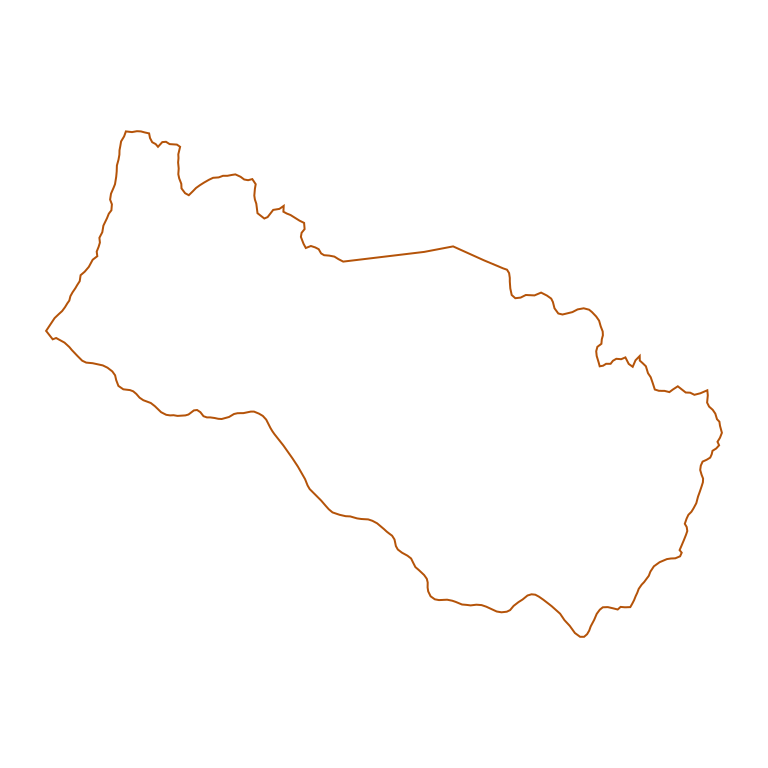 Santo Antônio do Aracanguá, São Paulo, Brazil
{"feature_id": "56859067B10585150578683", "entity_name": "Santo Antônio do Aracanguá", "entity_type": "district", "adm_level": 2, "iso_a3": "BRA", "parent_name": "Brazil", "parent_adm1": "São Paulo", "projection": "robinson", "projection_center": [-50.558, -20.868], "detail": "fine", "context": "isolated", "style": "outline", "palette": "amber", "viewbox_px": 768, "rotation_deg": 0, "n_neighbors": 0, "source": "geoboundaries", "source_scale": "gbopen_adm2", "svg_char_len": 4489}
<svg xmlns="http://www.w3.org/2000/svg" viewBox="0 0 768 768"><path d="M617.7,609.5L620.6,606.9L625.0,607.3L630.3,607.1L632.3,603.6L634.1,600.1L635.6,596.3L637.3,592.7L638.7,588.9L641.7,584.6L644.1,582.1L646.4,579.0L648.8,575.8L650.4,571.6L653.9,566.3L659.6,562.2L666.9,559.1L670.9,558.5L675.3,558.3L680.1,556.3L681.7,552.7L679.6,550.1L681.6,545.5L683.8,540.3L686.0,534.8L687.3,531.0L686.7,527.0L684.8,523.8L686.6,518.6L688.4,514.8L691.4,511.8L693.5,508.4L696.3,503.2L698.0,496.7L699.8,491.7L701.5,486.7L702.9,482.3L703.1,478.6L701.6,474.8L700.2,470.0L700.8,465.6L702.6,461.6L706.6,459.8L710.2,457.6L711.7,454.3L712.5,450.8L716.2,448.5L719.1,445.3L717.5,441.8L720.0,437.7L721.9,432.8L720.0,425.8L719.4,421.7L717.0,419.2L715.3,413.6L712.7,409.8L709.1,406.6L707.1,402.6L707.8,395.3L707.3,390.3L700.3,393.3L694.4,394.8L690.2,392.7L685.7,392.5L677.8,386.3L672.9,389.5L669.4,392.1L664.6,390.9L658.9,390.8L654.8,389.5L652.8,383.3L650.7,377.2L648.0,373.2L645.9,366.3L642.6,363.1L639.8,360.6L639.7,356.0L635.5,360.3L632.7,366.8L628.7,363.9L625.4,357.4L621.2,359.2L616.3,358.8L612.9,360.8L610.6,363.8L606.1,363.8L603.1,365.7L599.7,366.3L598.7,362.6L596.7,356.0L596.2,351.2L597.4,346.8L601.4,343.8L601.8,339.3L602.9,335.3L602.7,331.5L600.7,326.3L599.1,320.7L596.2,316.5L592.0,312.1L589.1,309.7L583.7,308.3L577.6,309.4L572.4,312.1L566.7,313.5L562.5,314.5L558.3,313.5L554.5,308.3L552.9,302.0L551.2,298.6L547.0,295.6L541.1,292.6L534.5,295.4L525.8,295.0L520.6,297.6L515.3,298.2L511.7,295.0L510.3,288.4L509.8,281.6L509.8,277.9L509.1,273.1L507.0,269.7L503.2,268.4L483.9,260.3L453.1,246.4L424.2,251.9L343.2,261.6L338.4,259.1L334.4,256.6L329.1,255.6L324.1,255.2L321.1,253.4L318.7,249.2L315.2,247.4L310.9,246.0L305.8,248.0L303.5,243.7L300.9,236.9L301.6,232.8L304.6,229.1L304.1,222.9L299.6,220.7L290.5,215.0L286.7,213.5L283.4,211.7L283.7,205.9L279.4,208.9L273.2,209.9L267.6,217.1L264.3,218.5L257.5,213.2L256.3,203.7L254.9,199.5L254.3,195.6L254.9,188.8L255.7,184.2L252.3,179.1L248.1,180.2L244.2,179.5L240.6,176.8L235.4,174.4L232.1,174.9L227.4,175.8L223.0,175.8L218.7,177.4L213.1,177.8L208.9,179.8L204.0,182.6L199.9,185.2L196.0,188.0L192.8,191.3L188.8,195.2L185.1,193.2L181.5,188.4L181.3,183.8L179.2,178.4L178.3,174.2L178.7,168.5L178.1,162.5L178.5,158.1L178.3,154.3L180.1,146.8L176.9,144.6L169.6,144.1L166.0,141.8L162.3,142.1L158.0,146.8L155.7,144.1L152.2,142.2L150.0,138.0L149.1,133.4L144.6,132.4L140.9,131.4L136.9,131.2L132.0,132.1L125.9,131.4L124.1,136.4L121.1,141.4L120.3,146.1L119.5,150.3L119.4,154.7L118.5,159.7L116.9,165.5L116.7,171.5L116.2,176.8L115.0,184.2L113.6,187.7L111.0,193.7L110.1,199.6L111.9,204.3L111.4,210.3L108.8,213.7L107.0,218.2L103.4,225.6L102.3,232.2L99.4,237.8L99.9,242.6L98.6,246.9L96.7,251.6L97.3,256.2L92.7,259.7L88.8,266.9L84.7,271.7L80.6,275.2L79.7,281.2L77.3,284.9L75.3,288.3L72.5,292.4L70.4,296.2L69.3,300.6L67.3,303.4L65.0,307.2L62.1,311.1L58.9,314.0L54.6,318.1L46.1,330.9L52.7,339.3L56.1,338.0L64.5,342.6L69.3,347.0L71.8,350.0L77.3,355.8L82.2,360.7L86.2,362.6L92.6,363.2L102.8,365.4L107.5,367.7L112.3,371.4L115.1,375.3L116.2,380.1L118.4,385.9L123.3,389.3L130.0,390.1L133.2,391.3L136.3,393.9L139.6,397.7L143.3,400.2L150.8,403.0L154.9,406.2L161.1,412.2L166.2,414.8L170.1,415.4L173.5,415.2L177.5,415.9L185.4,415.4L188.5,414.5L193.9,410.4L197.1,410.0L200.4,412.2L203.5,416.2L206.9,417.4L210.2,417.4L214.6,418.0L218.3,418.8L221.7,419.0L229.0,417.0L234.0,414.0L237.6,413.2L243.5,413.1L250.8,411.6L254.0,411.6L258.9,413.6L262.8,415.9L266.2,419.6L270.4,427.9L272.3,431.1L274.4,434.1L283.4,445.5L292.5,458.4L297.9,466.6L305.1,479.2L307.6,485.5L309.7,489.1L321.2,500.6L325.5,505.6L328.8,509.3L332.5,512.4L339.6,514.8L345.7,516.2L350.2,516.4L353.6,517.4L357.1,518.4L361.3,519.0L368.2,519.4L372.4,520.8L377.1,523.3L384.1,529.2L386.7,531.6L389.4,533.7L392.1,535.7L394.5,539.5L395.9,546.1L397.8,549.5L402.0,552.7L407.5,555.7L411.1,558.5L413.3,563.0L415.4,567.1L419.0,570.2L424.1,575.0L426.8,578.8L427.7,582.5L427.6,587.5L428.2,591.4L430.6,596.3L434.8,599.3L439.0,600.1L447.1,599.7L452.2,600.7L455.7,601.9L462.0,604.5L466.7,604.9L470.6,605.4L476.4,604.7L481.6,605.1L486.3,606.7L496.7,611.5L501.5,612.3L506.8,611.7L510.1,610.1L513.6,605.9L518.5,602.1L522.6,599.5L527.5,595.5L531.5,594.3L535.3,594.7L539.0,596.7L543.3,599.7L548.5,603.7L551.8,606.3L560.1,613.7L564.5,620.2L569.7,625.8L574.9,633.0L580.1,636.8L584.1,636.8L587.1,634.2L589.2,630.6L590.7,626.4L594.2,619.8L596.7,613.9L599.8,609.7L602.8,607.3L607.8,607.1L613.0,608.3L617.7,609.5Z" fill="none" stroke="#b45309" stroke-width="2"/></svg>